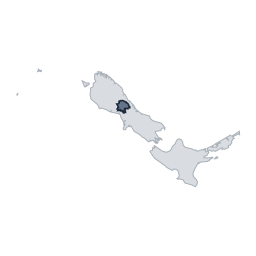 Mackenzie District, Canterbury, New Zealand (highlighted), rotated 91°
{"feature_id": "76426892B16622223508882", "entity_name": "Mackenzie District", "entity_type": "district", "adm_level": 2, "iso_a3": "NZL", "parent_name": "New Zealand", "parent_adm1": "Canterbury", "projection": "albers", "projection_center": [170.575, -43.938], "detail": "fine", "context": "in_parent", "style": "filled", "palette": "slate", "viewbox_px": 256, "rotation_deg": 91, "n_neighbors": 0, "source": "geoboundaries", "source_scale": "gbopen_adm2", "svg_char_len": 6319}
<svg xmlns="http://www.w3.org/2000/svg" viewBox="0 0 256 256"><g transform="rotate(91 128 128)"><path d="M131.0,100.6L132.1,100.7L136.9,97.3L138.9,96.5L139.4,96.5L138.3,97.5L138.5,98.3L137.3,100.8L138.3,100.4L138.9,98.7L139.5,98.4L139.4,97.4L142.2,97.9L141.1,99.5L139.6,100.5L140.5,100.6L142.8,98.9L142.7,100.0L139.8,102.8L140.6,104.5L139.8,105.8L140.6,105.7L141.6,106.8L140.9,108.1L137.7,111.4L137.2,113.1L134.4,116.1L131.3,121.7L125.8,125.2L126.8,126.2L124.9,127.5L126.4,127.3L127.3,129.5L129.7,130.3L129.8,132.4L128.2,132.9L126.7,131.9L124.5,132.2L125.3,131.4L124.4,130.8L122.7,132.5L120.4,130.4L121.6,132.8L117.0,135.5L115.0,135.7L114.3,137.1L113.2,137.2L113.9,137.7L112.3,145.2L111.0,145.2L112.2,146.1L112.0,146.8L110.5,149.0L108.4,154.8L109.2,156.1L109.1,157.1L105.3,158.6L99.8,165.5L94.8,166.6L91.9,165.9L88.7,166.4L88.1,164.5L86.9,163.5L84.0,163.6L82.5,161.5L81.3,161.0L79.9,162.2L75.3,162.2L74.4,161.9L74.2,161.1L75.8,158.9L74.3,160.1L73.6,160.0L74.2,159.0L74.1,158.1L72.2,159.1L72.3,157.2L76.5,155.8L74.8,155.7L74.6,155.0L76.3,153.6L74.0,153.8L74.3,152.1L75.6,152.1L75.1,150.9L77.6,152.0L77.2,150.9L78.2,150.5L76.5,149.7L76.3,148.5L77.2,147.6L78.4,147.9L77.5,146.9L79.6,144.7L80.1,146.3L80.2,144.0L82.8,141.7L83.9,142.5L83.3,140.5L87.7,135.2L90.2,133.8L91.6,134.0L93.9,132.4L94.9,133.0L94.5,131.8L94.8,131.3L100.7,128.2L100.7,127.3L101.3,127.1L100.9,126.9L104.3,123.6L105.7,123.8L104.9,122.9L106.3,122.0L107.7,122.7L106.9,121.7L108.1,121.1L108.8,121.9L108.8,120.7L110.9,118.1L111.3,120.2L111.5,119.9L111.4,117.8L112.9,115.4L114.1,114.9L113.5,114.2L115.7,106.7L118.0,105.8L120.1,103.6L121.5,99.4L122.0,96.3L123.3,94.0L126.8,91.1L129.6,91.2L127.7,91.5L127.3,93.0L127.9,94.3L130.0,95.3L131.0,100.6ZM132.0,17.6L135.1,23.2L136.8,21.6L137.0,22.8L140.2,24.4L140.8,23.9L143.4,25.5L143.7,27.4L145.6,26.8L147.6,31.1L147.2,32.1L147.9,33.6L146.0,33.6L149.8,40.1L149.2,42.3L149.8,43.8L148.7,46.6L150.3,47.5L151.0,46.8L154.3,48.8L155.0,51.4L156.6,51.5L156.4,45.1L155.5,43.4L156.3,42.5L158.3,46.0L159.2,45.9L160.1,48.7L160.8,54.6L162.1,56.6L161.3,56.2L161.2,56.7L161.8,57.3L168.1,60.7L172.9,62.4L175.8,61.4L177.7,59.2L180.6,57.6L183.2,58.0L185.6,59.8L183.9,62.9L182.0,70.1L179.0,71.9L178.0,75.5L178.4,77.1L177.8,78.2L176.7,76.5L174.2,75.9L169.8,77.3L168.5,79.0L168.2,81.3L169.7,82.9L166.7,88.7L165.1,90.2L157.7,101.1L151.2,105.6L150.4,105.1L150.0,103.2L147.3,103.1L147.6,100.9L147.3,100.6L146.2,101.8L145.1,101.3L150.5,93.3L151.6,89.3L150.8,87.1L149.5,85.0L145.4,83.1L143.4,80.9L139.5,79.1L138.4,78.0L137.9,76.7L138.8,74.5L141.0,73.2L144.2,72.5L146.3,70.4L147.8,63.6L149.1,61.2L148.8,59.6L150.1,58.5L148.4,54.0L148.8,52.7L148.2,52.5L147.2,49.7L147.9,49.6L148.6,51.2L149.3,49.9L150.6,49.7L149.2,47.9L147.4,48.3L146.2,47.7L145.3,45.0L143.5,42.0L144.1,42.0L145.6,43.5L146.2,42.4L145.3,40.7L145.7,39.0L144.5,38.0L144.3,39.1L142.2,37.4L141.1,34.8L141.1,36.1L143.4,40.0L142.7,40.8L142.3,40.4L136.2,30.1L138.4,27.4L137.1,27.9L135.8,29.6L135.2,28.8L134.9,27.6L133.3,25.9L134.1,24.9L134.1,23.6L129.3,16.6L132.8,16.3L132.0,17.6ZM85.1,167.6L86.8,170.1L85.9,170.0L85.9,170.5L87.6,171.1L87.6,172.2L81.6,174.7L83.8,170.3L83.6,167.7L85.1,167.6ZM72.6,217.8L73.2,219.3L71.4,218.6L70.4,219.0L71.8,217.4L71.9,215.6L73.2,215.8L72.6,217.8ZM157.0,38.9L157.3,40.8L155.3,39.3L155.3,38.2L155.9,37.6L157.0,38.9ZM138.6,95.8L137.3,96.4L137.7,94.9L139.2,93.9L138.6,95.8ZM74.2,155.2L74.1,156.1L72.4,155.8L73.7,154.7L74.2,155.2ZM96.7,238.8L97.1,239.4L96.3,239.7L95.5,238.8L96.7,238.8ZM76.0,149.2L76.4,150.7L75.2,150.0L76.0,149.2Z" fill="#d9dde1" stroke="#a8b0b8" stroke-width="1"/><path d="M101.9,131.3L101.8,131.5L101.7,131.6L101.5,131.8L101.4,132.0L101.3,132.5L101.1,132.6L101.0,132.8L100.9,132.9L100.8,133.1L100.7,133.5L100.6,133.9L100.6,134.2L100.6,134.3L100.7,134.7L100.8,134.9L101.0,135.1L101.1,135.3L101.0,135.6L100.8,135.8L101.0,136.0L101.1,136.4L101.2,136.5L101.1,136.9L101.1,137.1L101.3,137.3L101.6,137.3L101.7,137.5L101.8,137.5L101.9,137.4L102.0,137.4L102.1,137.2L102.3,137.2L102.2,137.3L102.3,137.3L102.5,137.3L102.8,137.4L103.0,137.5L103.4,137.7L103.7,137.9L103.9,138.2L104.1,138.3L104.1,138.5L104.1,138.8L104.2,139.1L104.2,139.4L104.2,139.7L107.3,137.8L107.4,138.0L107.5,138.2L107.6,138.3L107.9,138.3L107.9,138.6L108.0,138.6L108.8,138.7L108.8,138.8L108.9,139.1L109.0,139.3L109.3,139.3L109.3,139.2L109.2,139.1L109.2,138.9L109.2,138.7L109.3,138.5L109.3,138.4L109.5,138.3L109.7,138.2L109.9,138.0L110.0,138.0L110.3,138.1L110.5,138.3L110.8,138.5L110.8,138.3L110.7,138.0L110.6,137.9L110.6,137.7L110.4,137.4L110.3,137.2L110.2,137.2L110.1,136.8L110.0,136.6L109.9,136.5L109.9,136.2L110.0,136.0L109.9,135.8L110.0,135.7L110.1,135.8L110.3,135.8L110.5,135.9L110.5,136.0L110.8,136.0L111.0,136.1L111.1,135.9L111.1,135.6L111.0,135.3L111.0,135.2L110.9,135.1L110.9,134.9L110.8,134.7L111.0,134.5L110.8,134.3L110.8,134.2L110.7,134.1L110.7,133.9L110.8,133.9L110.8,133.7L111.0,133.5L111.0,133.4L111.0,133.2L111.3,133.2L111.2,133.3L111.4,133.4L111.5,133.4L111.7,133.5L111.7,133.4L111.8,133.5L111.9,133.4L111.9,133.2L112.0,133.1L112.5,133.1L112.7,132.9L112.6,132.7L112.8,132.6L113.0,132.7L113.1,132.4L113.0,132.2L112.9,131.9L112.7,131.6L112.4,131.4L112.4,131.2L112.3,131.3L112.2,131.3L112.1,131.2L111.9,131.1L111.9,130.9L111.7,130.9L111.6,131.0L111.4,130.9L111.2,130.8L111.0,131.0L110.9,131.1L110.7,131.2L110.6,131.3L110.3,131.3L110.4,131.5L110.2,131.5L109.9,131.6L109.8,131.4L109.7,131.2L109.4,131.2L109.4,131.3L109.2,131.2L109.2,131.3L109.1,131.5L108.9,131.7L108.7,131.7L108.7,131.4L108.7,131.2L108.8,131.0L108.7,131.0L108.4,130.9L108.3,130.7L108.3,130.4L108.4,130.2L108.5,129.9L108.5,129.7L108.7,129.4L108.7,129.2L108.8,129.1L108.7,128.9L108.6,128.7L108.7,128.4L108.4,128.4L108.2,128.3L108.0,128.2L107.9,128.1L107.9,127.9L107.8,127.7L107.6,127.6L107.5,127.4L107.4,127.3L107.5,127.3L107.6,127.1L107.7,126.9L107.4,126.9L107.4,126.7L107.2,126.8L107.1,126.7L106.9,126.6L106.8,126.8L106.6,126.8L106.4,126.9L106.4,127.0L106.3,127.3L106.1,127.3L105.9,127.5L105.7,127.7L105.5,127.8L105.4,127.8L105.2,127.7L104.9,127.8L104.6,127.9L104.3,127.9L104.2,128.0L104.0,128.3L103.9,128.5L103.7,128.5L103.4,128.9L103.1,128.9L103.0,129.0L103.0,129.3L103.1,129.5L102.8,129.9L102.7,130.0L102.4,130.1L102.5,130.2L102.4,130.3L102.5,130.5L102.3,130.6L102.2,130.7L102.2,130.8L102.1,131.0L101.9,131.1L102.0,131.2L101.9,131.3Z" fill="#64748b" stroke="#1e293b" stroke-width="1.5"/></g></svg>